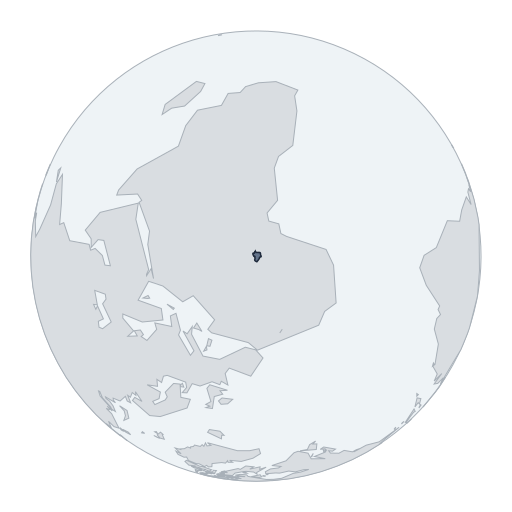 Maradi on an orthographic globe, rotated 206°
{"feature_id": "NER-91", "entity_name": "Maradi", "entity_type": "Department", "adm_level": 1, "iso_a3": "NER", "parent_name": "Niger", "parent_adm1": "", "projection": "orthographic", "projection_center": [7.538, 14.218], "detail": "fine", "context": "on_globe", "style": "filled", "palette": "slate", "viewbox_px": 512, "rotation_deg": 206, "n_neighbors": 0, "source": "natural_earth", "source_scale": "10m", "svg_char_len": 9755}
<svg xmlns="http://www.w3.org/2000/svg" viewBox="0 0 512 512"><g transform="rotate(206 256 256)"><circle cx="256" cy="256" r="225" fill="#eef3f6" stroke="#a8b0b8"/><path d="M203.3,37.0L178.4,44.9L182.1,43.9L175.0,47.2L176.6,47.4L171.5,49.5L177.2,48.0L181.6,46.1L185.5,45.0L186.9,45.2L180.6,47.6L179.0,47.9L177.9,48.7L174.2,50.0L176.8,49.5L169.0,52.9L178.6,49.9L174.1,53.0L168.4,55.2L166.5,54.4L148.7,59.7L142.4,62.9L135.4,67.5L127.3,76.9L121.3,81.2L115.0,87.3L119.4,84.9L125.9,79.3L132.4,77.0L139.6,71.2L143.3,69.6L151.7,64.6L153.0,66.2L149.7,70.9L142.9,75.4L141.3,77.8L149.9,74.6L139.2,85.1L135.6,95.8L132.6,98.9L122.8,101.6L117.5,97.9L104.9,104.2L115.6,101.4L107.8,110.1L107.6,112.4L109.5,113.0L113.5,110.4L111.4,114.0L99.9,117.3L101.7,114.1L105.3,112.8L102.7,111.5L95.0,115.1L91.6,119.9L83.4,122.3L80.9,125.9L77.8,128.9L82.3,122.7L74.0,134.3L63.8,143.0L52.3,164.8L60.8,146.0L62.2,142.2L62.7,140.3L60.7,143.8L61.6,142.2L70.4,128.3L80.3,115.0L91.1,102.6L102.7,90.9L115.2,80.1L128.4,70.3L142.4,61.5L156.9,53.7L172.0,47.0L187.5,41.4L203.3,37.0ZM47.2,171.3L47.1,171.7L44.8,177.6L47.2,171.3ZM39.6,193.4L38.7,197.6L35.0,212.7L33.5,222.1L34.2,222.3L34.3,228.6L36.8,221.2L39.8,219.0L37.5,231.8L41.0,221.7L41.4,229.4L48.8,234.5L47.6,237.0L53.5,256.8L63.7,268.5L66.1,279.1L64.5,284.3L68.9,287.7L69.0,291.6L90.1,304.3L103.7,317.2L105.2,330.3L97.6,342.6L99.5,371.6L88.2,376.5L91.3,387.6L92.9,401.3L85.2,396.5L93.6,406.3L94.5,409.6L91.2,407.8L96.0,413.4L93.9,411.9L99.1,417.0L103.7,422.0L111.8,429.1L97.9,416.5L85.1,402.8L73.4,388.0L69.3,382.0L48.8,340.9L44.9,331.2L39.4,317.2L32.6,284.9L31.9,278.8L31.2,268.7L30.8,261.5L32.2,246.5L33.7,228.5L33.7,224.9L32.6,230.1L34.0,217.6L39.6,193.4ZM48.9,171.9L46.9,187.8L44.8,186.1L45.8,184.7L47.0,179.0L48.1,172.5L47.2,172.3L48.9,171.9ZM55.2,162.3L55.3,160.6L55.6,161.4L55.2,162.3ZM150.4,64.1L151.0,64.3L149.1,65.1L150.4,64.1ZM153.4,61.8L150.8,62.6L151.8,61.7L153.4,61.2L153.4,61.8ZM156.4,61.2L154.1,60.0L156.0,58.4L163.6,55.6L156.4,61.2ZM182.4,45.5L177.8,47.5L180.3,45.8L182.4,45.5ZM183.0,44.8L185.2,42.4L192.7,40.0L190.4,41.0L199.0,38.3L201.6,38.2L197.4,39.7L192.1,41.2L197.1,40.1L183.0,44.8ZM187.3,44.4L187.1,43.9L193.5,41.8L195.1,42.4L192.5,42.8L187.3,44.4ZM200.1,37.9L205.1,36.6L208.6,36.1L211.0,35.7L202.3,38.1L200.1,37.9ZM191.8,43.4L195.8,42.8L194.0,44.1L187.9,44.8L191.8,43.4ZM194.5,41.0L197.6,40.1L196.4,40.8L194.5,41.0ZM189.9,49.1L189.5,48.2L192.8,46.8L189.9,49.1ZM197.4,42.5L198.0,42.1L199.2,41.6L201.5,41.5L197.4,42.5ZM205.3,37.7L205.7,38.0L209.1,36.7L211.8,36.6L205.5,38.4L209.3,37.6L210.2,37.6L204.1,39.1L205.3,37.7ZM207.5,40.0L200.4,42.9L200.4,44.7L197.5,45.8L198.0,42.7L207.5,40.0ZM206.0,39.3L206.3,39.9L202.5,40.8L200.0,40.9L206.0,39.3ZM215.9,36.1L213.4,35.7L214.8,35.4L215.9,36.1ZM208.2,40.3L209.9,39.7L208.7,40.4L208.2,40.3ZM214.4,37.1L213.3,36.9L215.0,36.5L214.4,37.1ZM214.2,38.8L211.9,39.5L210.2,39.5L214.2,38.8ZM214.9,37.8L217.5,37.4L210.9,39.0L214.1,37.8L214.9,37.8ZM216.2,36.8L216.8,36.5L216.4,36.9L216.2,36.8ZM222.3,38.7L214.4,40.8L210.5,40.6L218.7,38.5L222.3,38.7ZM126.3,440.1L126.7,440.0L128.7,441.4L129.0,441.8L126.3,440.1ZM475.2,204.2L474.9,203.0L478.3,219.3L478.5,220.8L479.5,227.5L479.2,225.6L476.8,211.5L471.5,192.8L472.1,198.8L469.7,190.7L462.5,176.9L462.1,185.4L463.0,211.9L467.1,233.3L465.7,244.5L453.8,217.5L446.3,198.2L443.4,201.7L430.1,188.1L411.1,193.3L407.2,188.7L403.9,192.3L394.3,189.1L387.8,181.6L382.6,183.4L399.6,203.3L405.1,201.5L407.9,191.5L411.7,199.2L420.8,204.4L415.2,226.9L385.0,251.9L380.1,236.3L346.5,196.7L346.4,191.7L346.2,191.2L345.7,190.3L344.7,198.6L338.2,190.8L358.3,218.9L362.6,231.7L384.6,253.0L383.1,255.9L389.6,259.8L407.9,249.7L408.4,255.1L401.0,282.1L373.9,320.7L376.3,342.4L372.5,361.4L353.1,376.2L352.3,389.9L341.9,396.0L339.6,403.7L329.8,412.7L314.5,421.5L291.1,423.5L291.5,416.9L282.8,404.3L271.4,371.5L279.4,355.4L278.1,343.0L261.0,315.5L264.9,299.5L259.8,293.0L249.6,294.9L243.5,287.1L237.1,287.0L195.9,292.6L182.3,281.8L163.4,248.9L170.0,236.3L169.3,221.3L213.4,172.0L224.9,174.8L262.2,167.5L267.2,169.0L265.2,180.5L295.0,192.8L301.8,182.7L326.5,188.2L341.4,186.2L342.6,164.6L318.1,167.3L311.6,157.7L329.3,146.8L350.3,145.5L348.5,141.8L333.2,135.0L336.1,127.6L327.7,132.1L332.6,135.5L327.5,138.8L322.7,136.0L323.9,133.3L317.0,132.3L313.1,146.5L317.6,151.5L300.8,155.7L306.7,164.6L302.8,169.4L291.4,156.2L291.0,151.1L271.4,138.0L270.2,143.6L288.7,156.6L283.8,155.9L282.4,164.7L279.6,157.4L259.8,142.8L243.3,147.2L225.6,169.3L215.2,171.5L205.0,167.4L208.0,145.7L230.9,143.5L232.2,136.9L224.7,127.7L232.3,128.2L232.1,124.5L240.4,123.7L249.3,114.6L257.4,113.3L258.1,102.7L262.4,100.9L260.7,107.4L263.9,111.8L283.5,109.8L286.5,107.4L285.4,100.9L291.0,101.7L287.4,95.7L297.4,92.5L282.3,91.8L280.6,85.3L285.1,80.1L281.8,78.1L274.5,86.8L274.0,90.5L277.9,93.8L274.2,105.3L268.1,107.6L261.6,96.0L252.2,98.4L251.3,89.2L271.7,69.7L281.6,66.0L303.7,72.0L303.0,75.8L294.7,75.3L304.9,81.2L302.8,78.1L307.4,79.0L307.0,74.0L310.2,74.5L304.3,69.1L308.2,69.2L311.9,72.6L314.6,66.1L322.1,65.6L321.1,64.0L318.0,62.5L329.5,63.4L328.3,62.2L324.0,61.4L318.9,58.7L314.2,54.6L318.5,55.1L320.7,56.7L331.8,61.2L337.1,65.8L338.4,65.7L334.8,61.9L321.3,56.3L317.3,53.7L323.9,55.8L321.1,54.8L320.5,53.7L323.8,53.4L316.6,51.0L303.7,41.2L308.8,40.4L316.1,42.8L311.5,38.8L317.6,39.7L313.7,38.7L308.9,37.1L306.9,36.7L304.6,36.2L298.6,34.8L314.3,38.4L329.8,43.1L344.9,49.0L359.5,55.9L373.6,63.8L387.0,72.8L399.8,82.6L411.9,93.4L423.2,105.0L433.6,117.4L443.1,130.5L451.6,144.2L459.1,158.5L465.6,173.3L471.0,188.6L475.2,204.2ZM200.9,197.2L200.3,201.7L200.9,197.2ZM374.7,155.6L385.9,154.4L377.2,142.5L380.8,141.3L376.6,137.9L376.6,141.7L365.6,132.6L369.1,128.2L365.9,123.2L362.0,123.4L357.2,133.2L372.9,145.8L371.9,151.5L374.7,155.6ZM49.1,234.5L49.7,237.7L48.3,236.8L49.1,234.5ZM42.9,190.8L43.2,192.2L42.9,194.7L42.3,194.4L42.9,190.8ZM50.0,200.5L51.2,202.9L49.3,202.6L50.0,200.5ZM47.0,190.0L49.0,199.1L45.3,200.1L44.2,194.6L45.9,195.3L47.0,190.0ZM51.6,168.7L51.5,170.3L50.4,172.3L51.6,168.7ZM55.5,163.0L55.2,162.9L56.0,160.7L55.5,163.0ZM108.5,109.9L109.3,109.7L110.5,111.1L108.5,111.9L108.5,109.9ZM125.1,110.0L121.3,115.8L122.5,111.9L118.9,113.8L117.0,108.5L131.0,100.2L125.0,104.6L125.1,110.0ZM118.4,100.0L118.0,103.7L117.9,100.0L118.4,100.0ZM222.4,107.4L226.2,109.3L224.3,113.5L214.1,117.0L216.7,110.7L222.4,107.4ZM231.9,111.4L228.3,99.8L234.5,97.8L231.7,100.8L236.1,100.6L232.7,105.4L242.1,115.5L241.1,120.0L222.8,122.8L229.3,119.1L225.3,117.2L231.9,111.4ZM208.3,79.9L206.9,76.5L222.2,76.3L221.8,79.6L211.6,82.7L206.1,80.8L208.3,79.9ZM170.3,57.0L168.7,56.9L170.5,56.0L173.2,55.5L170.3,57.0ZM189.4,48.8L178.9,57.1L176.6,57.3L173.1,62.8L165.7,65.5L168.2,61.7L159.9,68.3L159.2,65.9L154.3,70.6L160.5,61.7L159.5,60.4L163.4,60.8L170.3,58.2L172.9,56.7L179.7,51.7L180.9,48.3L187.9,45.8L192.5,44.9L193.3,45.4L188.5,46.7L193.0,46.4L186.6,48.7L189.4,48.8ZM242.4,45.5L236.6,45.4L244.5,48.0L238.2,49.2L239.5,49.4L235.9,51.4L233.8,54.4L230.6,54.7L231.1,55.8L228.7,57.4L228.4,59.1L222.6,60.4L221.7,62.8L219.4,62.1L219.5,65.9L216.8,63.8L213.5,66.0L217.8,66.9L187.2,72.9L176.4,78.2L168.8,84.1L165.3,80.4L170.1,72.9L179.2,64.9L190.1,60.8L186.6,60.3L190.7,58.3L191.8,59.6L192.6,56.5L196.3,55.3L204.5,50.2L203.3,47.3L206.3,45.6L208.6,46.2L209.9,44.2L216.3,44.3L218.6,43.2L227.1,42.6L230.2,44.9L232.5,43.6L239.1,43.5L242.4,45.5ZM224.6,38.6L229.8,40.2L228.9,41.9L214.5,42.4L211.5,43.3L202.2,44.4L203.7,42.1L206.2,41.9L209.0,41.3L207.4,42.2L210.8,41.0L214.4,40.9L218.0,40.0L218.7,40.7L224.6,38.6ZM271.5,164.5L275.2,164.8L280.6,163.9L279.8,169.8L271.5,164.5ZM257.8,154.7L260.9,153.7L262.5,160.9L258.7,161.0L257.8,154.7ZM261.3,147.5L261.0,153.1L258.9,150.1L261.3,147.5ZM263.4,106.5L266.6,105.5L267.4,106.9L266.3,109.3L263.4,106.5ZM264.6,55.8L261.3,54.9L261.9,54.3L258.1,51.1L262.4,50.3L266.4,51.9L264.6,55.8ZM339.2,168.7L335.7,173.2L333.1,171.5L334.8,170.3L339.2,168.7ZM306.9,171.7L314.9,173.7L306.6,173.3L306.9,171.7ZM268.6,54.5L266.5,53.2L270.0,53.6L268.6,54.5ZM265.4,49.7L269.2,49.9L262.5,49.9L265.4,49.7ZM386.7,437.4L385.5,439.0L383.5,439.9L386.7,437.4ZM404.1,352.4L386.1,386.8L377.5,388.6L377.9,379.6L385.9,359.5L396.6,351.9L402.4,342.0L404.1,352.4ZM481.2,248.6L480.1,237.3L480.3,236.1L480.6,238.5L481.2,248.6ZM467.8,235.0L471.3,246.4L470.1,249.6L467.8,235.0ZM302.7,50.3L303.3,55.2L306.6,59.1L313.0,61.6L304.2,60.6L299.2,54.5L302.7,50.3ZM303.1,42.1L297.5,40.6L299.7,40.4L301.3,40.7L303.1,42.1ZM299.9,41.8L293.6,41.7L290.3,40.4L295.9,40.6L299.9,41.8ZM281.3,46.9L281.1,48.3L278.3,47.8L281.3,46.9ZM303.7,36.1L300.7,35.4L301.1,35.4L303.7,36.1ZM292.6,33.9L294.1,34.3L290.7,33.6L292.6,33.9ZM297.9,35.5L293.9,34.3L300.3,35.9L297.9,35.5Z" fill="#d9dde1" stroke="#a8b0b8" stroke-width="1"/><path d="M253.0,260.1L252.7,259.5L252.1,258.8L251.5,258.3L251.3,258.2L251.2,258.1L251.2,257.9L251.2,257.7L251.3,257.7L251.5,257.5L251.5,257.4L251.4,257.2L251.5,257.1L251.7,256.9L251.8,256.8L252.0,256.7L252.2,256.2L252.1,255.9L252.1,255.7L252.0,255.4L251.9,255.3L251.9,255.2L252.2,253.4L252.2,253.2L252.7,251.2L254.2,251.2L254.4,251.2L255.2,251.6L255.4,251.8L255.5,251.9L255.5,252.4L255.5,252.5L255.7,252.8L255.8,253.5L256.0,253.7L256.0,253.8L256.1,254.0L256.5,254.3L256.6,254.9L256.7,255.0L256.9,255.2L257.0,255.2L257.4,254.8L257.5,254.8L257.8,254.8L257.9,255.0L258.0,255.1L258.3,255.2L258.4,255.3L258.5,255.3L258.8,255.6L259.0,255.7L259.1,255.8L259.2,256.0L259.7,256.4L259.8,256.5L259.8,256.8L259.8,257.0L259.8,257.3L258.7,257.8L258.6,258.0L258.8,258.3L259.0,258.4L258.9,258.7L258.9,258.8L259.0,259.4L259.0,259.5L258.7,259.9L258.7,260.0L258.6,259.9L258.4,259.8L258.3,259.7L258.2,259.6L257.1,259.4L256.8,259.5L255.4,260.3L255.2,260.4L254.8,260.3L254.7,260.3L254.5,260.6L254.3,260.8L254.2,260.8L253.8,260.8L253.7,260.8L253.5,260.7L253.3,260.5L253.1,260.3L253.0,260.1Z" fill="#64748b" stroke="#1e293b" stroke-width="1.5"/></g></svg>